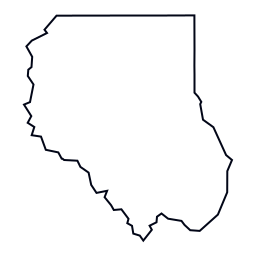 the district of Livingston, Louisiana, United States of America
{"feature_id": "52423323B76509893462522", "entity_name": "Livingston", "entity_type": "district", "adm_level": 2, "iso_a3": "USA", "parent_name": "United States of America", "parent_adm1": "Louisiana", "projection": "robinson", "projection_center": [-90.749, 30.413], "detail": "fine", "context": "isolated", "style": "outline", "palette": "ink", "viewbox_px": 256, "rotation_deg": 0, "n_neighbors": 0, "source": "geoboundaries", "source_scale": "gbopen_adm2", "svg_char_len": 883}
<svg xmlns="http://www.w3.org/2000/svg" viewBox="0 0 256 256"><path d="M194.4,15.4L167.3,15.5L79.8,15.6L56.5,15.7L44.5,29.7L47.0,33.0L31.8,40.6L26.4,46.4L32.2,56.8L31.5,67.1L28.3,69.7L27.8,76.0L33.5,84.5L30.0,102.1L24.0,104.6L31.3,116.1L27.7,122.8L34.3,127.0L31.7,135.2L41.0,136.6L45.8,149.8L58.3,152.4L61.7,158.7L62.5,158.7L64.1,160.0L77.4,160.7L80.4,166.9L88.6,172.6L91.2,184.9L96.5,192.9L107.1,190.8L104.6,197.2L111.1,205.2L113.8,210.0L121.4,209.3L128.5,218.8L127.3,223.2L132.0,225.8L133.3,233.6L139.8,235.6L143.3,240.6L151.8,229.8L149.6,225.7L156.5,222.3L157.0,216.7L161.5,213.5L168.1,218.7L181.5,220.9L184.5,224.9L190.2,230.2L199.7,230.9L217.9,214.6L227.2,192.3L227.3,171.1L232.0,160.0L226.1,155.1L213.4,127.2L203.0,119.7L200.2,104.1L201.3,101.9L198.0,96.5L194.5,92.7L194.5,74.1L194.4,65.6L194.5,50.0L194.4,18.6L194.4,15.4Z" fill="none" stroke="#020617" stroke-width="2"/></svg>